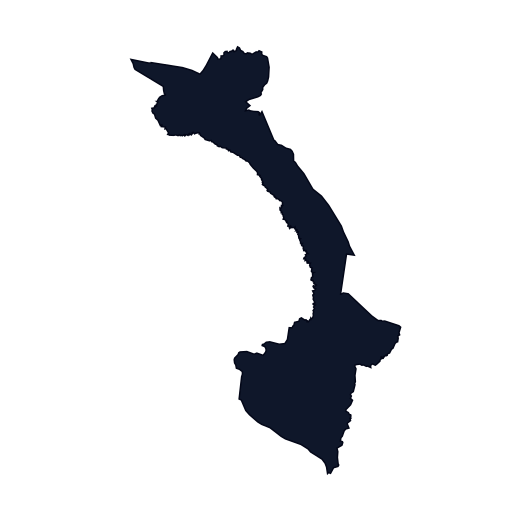 outline of Kilombero, Morogoro, United Republic of Tanzania, rotated 99°
{"feature_id": "72390352B25590445201102", "entity_name": "Kilombero", "entity_type": "district", "adm_level": 2, "iso_a3": "TZA", "parent_name": "United Republic of Tanzania", "parent_adm1": "Morogoro", "projection": "mercator", "projection_center": [36.337, -8.562], "detail": "fine", "context": "isolated", "style": "filled", "palette": "ink", "viewbox_px": 512, "rotation_deg": 99, "n_neighbors": 0, "source": "geoboundaries", "source_scale": "gbopen_adm2", "svg_char_len": 6107}
<svg xmlns="http://www.w3.org/2000/svg" viewBox="0 0 512 512"><g transform="rotate(99 256 256)"><path d="M160.6,229.1L157.4,231.8L156.4,233.7L149.7,234.9L146.9,236.7L145.3,238.7L144.8,243.4L142.7,248.2L142.5,252.0L139.3,255.3L138.8,256.5L112.5,272.7L116.3,274.3L116.0,275.1L113.8,275.1L113.1,276.5L113.6,281.2L113.5,284.5L113.0,285.9L114.2,289.1L111.6,288.4L108.4,285.5L105.3,290.3L102.6,287.5L98.5,279.1L96.7,276.7L95.2,276.1L94.0,276.8L90.6,275.4L88.4,275.8L85.4,274.2L83.6,272.5L81.3,271.9L77.2,271.6L67.5,272.6L58.7,275.6L57.5,276.7L56.7,281.2L55.1,282.1L53.6,282.2L52.8,285.1L54.4,286.2L54.4,287.8L57.6,291.6L56.7,293.0L56.6,294.8L57.1,294.9L56.7,296.3L57.8,297.2L57.9,299.2L56.1,301.0L55.4,303.3L53.1,304.9L52.3,306.9L55.0,307.7L55.9,307.4L57.5,309.0L57.5,310.0L56.5,310.2L56.2,310.9L58.0,312.6L57.9,313.5L59.5,314.7L59.6,316.2L58.4,316.6L58.9,318.4L60.5,319.5L62.0,318.8L63.8,320.4L63.8,321.7L66.7,321.6L67.3,322.7L67.4,324.8L66.1,325.1L62.3,330.5L75.5,334.9L81.0,337.2L85.2,339.8L82.7,348.4L81.4,358.1L81.4,389.8L81.9,389.8L82.2,392.3L81.4,410.2L85.2,407.4L88.9,405.9L90.6,404.6L103.0,374.1L107.0,373.1L110.0,371.9L110.6,370.8L111.3,370.7L112.4,373.8L114.4,376.1L114.9,375.9L115.6,376.7L118.1,377.6L118.9,377.1L119.0,378.0L119.4,377.3L121.5,377.5L121.9,378.2L123.4,377.7L123.4,379.0L124.4,378.9L124.2,379.5L125.7,379.8L126.4,382.0L127.6,381.3L129.1,381.4L131.0,380.1L131.8,378.4L135.5,376.7L137.2,374.1L142.2,370.8L141.2,369.5L141.6,369.2L143.0,369.5L142.7,365.7L144.7,365.8L144.3,364.7L148.1,361.6L149.7,362.2L149.6,361.1L150.2,360.6L149.7,356.2L148.9,354.1L149.3,351.8L148.3,350.6L149.0,349.7L148.4,348.9L148.8,347.6L147.7,346.5L148.3,345.5L147.4,345.5L147.8,344.6L147.2,344.6L147.0,343.1L147.4,342.7L146.3,341.7L146.9,341.4L145.9,340.9L146.6,340.6L146.0,339.9L146.5,338.8L144.8,337.9L144.3,338.3L143.6,337.5L145.0,335.8L143.9,334.5L143.9,333.6L143.3,333.4L143.1,331.3L144.3,331.3L144.2,330.5L145.6,329.6L147.5,325.6L148.9,324.4L149.5,319.9L148.9,318.4L150.1,317.4L149.9,316.7L151.9,313.7L151.9,312.2L153.2,311.5L153.8,309.5L153.2,308.4L154.3,306.3L154.0,302.1L154.9,302.0L155.1,299.9L155.6,300.1L156.3,299.6L155.5,298.4L157.1,297.2L157.2,294.8L159.4,290.0L159.3,288.1L160.9,287.0L161.0,285.2L161.7,284.7L162.5,282.2L163.7,280.7L163.6,279.0L164.9,277.0L166.4,276.0L169.7,272.2L172.2,268.5L173.6,267.4L175.4,267.3L175.8,264.6L176.6,264.8L179.0,262.2L179.6,262.5L181.9,260.7L182.3,261.2L183.2,260.4L184.2,260.9L185.1,259.7L184.9,259.1L185.4,258.2L186.3,257.8L188.0,254.9L189.5,255.3L190.1,254.8L190.7,251.9L191.7,251.4L193.5,247.3L194.4,247.4L194.9,246.8L194.5,246.1L196.3,245.0L196.0,243.7L196.6,242.0L197.5,241.4L197.6,239.4L199.0,238.1L201.2,238.0L201.6,237.4L202.3,237.8L202.3,238.6L203.0,238.2L203.6,238.8L204.3,238.3L205.4,238.9L204.9,239.8L206.9,239.4L207.5,238.3L208.9,237.9L208.4,237.5L209.0,236.8L210.5,236.7L211.2,235.5L212.1,235.5L213.5,234.6L215.4,234.9L215.4,233.5L216.2,232.1L216.7,232.0L216.9,230.8L217.6,230.7L217.4,231.3L218.2,231.0L218.1,230.3L219.4,229.1L221.3,229.2L221.1,228.8L222.0,227.8L223.1,227.3L221.6,226.8L222.5,226.4L221.5,225.9L222.4,225.3L221.9,223.0L222.3,222.5L221.5,222.0L223.3,221.6L223.6,220.0L224.8,220.6L224.5,219.5L226.2,219.3L225.6,218.0L228.1,218.1L228.5,217.4L231.7,216.4L232.0,214.7L233.0,215.5L235.3,214.0L236.2,214.1L236.8,213.2L236.5,212.3L237.8,212.9L238.7,212.2L239.0,210.7L241.6,210.5L242.0,209.7L243.2,209.7L243.1,207.8L242.2,207.3L244.0,207.4L244.1,206.6L245.3,205.4L245.2,206.3L246.3,206.4L247.1,207.4L248.2,206.3L250.2,208.2L251.3,208.4L251.3,206.6L252.8,206.8L252.4,205.9L253.0,205.1L253.1,203.5L253.8,203.4L254.3,204.6L255.0,204.3L254.6,201.1L256.7,201.6L258.7,200.5L259.0,198.8L262.4,198.9L263.6,197.7L263.4,196.4L264.3,197.5L267.7,196.7L268.6,197.8L271.0,198.0L271.4,197.2L271.2,195.7L272.5,195.5L273.1,194.2L274.2,194.5L275.3,191.8L276.5,192.7L276.4,194.6L277.0,194.9L278.5,193.9L279.0,191.9L280.9,192.8L281.6,194.6L284.3,192.7L285.7,193.8L288.1,192.7L289.7,192.8L293.0,190.3L293.6,190.7L293.8,191.9L294.5,192.2L295.2,191.4L295.2,189.8L297.4,191.2L298.9,189.9L300.9,191.1L302.3,190.2L303.6,190.6L306.2,190.0L308.6,190.5L309.2,191.5L308.7,192.1L310.2,192.0L310.2,192.7L312.7,193.9L312.4,194.5L312.9,195.1L311.9,195.4L311.9,196.1L311.2,196.6L311.6,197.9L310.0,201.5L311.2,203.1L313.8,203.4L315.5,207.5L318.8,207.8L319.4,208.6L321.3,209.1L321.6,212.0L333.6,211.9L338.0,213.8L339.5,219.3L338.6,228.9L339.6,232.4L341.7,234.2L342.4,235.8L343.5,235.9L344.1,233.1L346.1,231.6L348.2,231.2L349.7,231.6L353.0,233.4L351.8,240.0L353.3,242.5L351.8,250.1L353.3,256.8L354.3,257.9L356.1,258.2L360.2,261.1L361.9,261.3L365.0,260.4L366.8,258.9L369.9,257.8L370.5,254.6L372.3,251.4L374.8,250.9L377.4,251.3L399.9,250.3L400.5,248.0L410.2,241.9L413.7,237.7L419.6,228.3L421.4,224.0L423.4,215.3L430.2,202.9L432.0,198.4L435.1,182.1L438.4,174.4L441.0,171.4L446.3,159.0L449.9,155.3L453.4,153.3L459.7,151.3L458.5,150.4L459.0,148.4L453.0,146.3L451.0,142.1L449.5,141.6L448.4,142.4L442.2,144.1L436.4,144.6L433.1,146.0L429.4,141.5L426.7,141.1L425.9,141.6L425.5,143.7L422.2,143.7L420.5,142.6L415.0,141.6L412.8,140.3L411.4,137.3L407.6,139.6L406.7,139.6L403.8,136.9L402.3,137.5L401.5,137.0L401.5,137.7L399.2,137.2L398.0,137.7L398.0,139.0L396.2,140.3L395.4,142.7L393.8,143.3L388.1,139.3L383.4,138.1L381.8,140.5L379.4,139.9L378.2,141.1L376.7,140.8L374.7,138.7L367.6,138.1L366.6,138.7L364.6,138.2L358.4,139.6L351.8,139.6L349.2,141.4L348.4,141.2L347.5,139.8L346.5,136.3L347.3,134.5L346.8,132.6L347.7,129.8L347.3,128.5L348.2,125.2L346.2,125.8L344.3,124.1L345.2,121.1L344.0,119.9L340.6,117.2L340.1,117.5L338.1,116.4L336.4,116.9L335.9,116.2L337.4,115.2L337.2,114.4L335.4,114.3L335.6,113.6L333.7,112.4L334.1,111.6L333.6,110.9L332.0,110.8L330.9,108.9L326.9,107.6L325.7,106.3L320.6,105.0L319.1,103.8L318.6,102.7L315.1,102.7L312.8,103.4L311.4,101.8L309.5,102.8L303.7,102.0L302.5,103.9L300.1,118.7L300.7,121.1L300.1,122.3L300.7,125.3L297.1,132.3L278.9,159.0L278.9,164.1L280.6,166.0L280.5,166.5L239.9,166.9L239.8,159.1L231.7,165.2L227.6,167.2L218.6,173.4L213.1,176.4L194.7,192.1L186.6,200.7L181.1,210.3L167.2,221.6L160.6,229.1Z" fill="#0f172a" stroke="#020617" stroke-width="1.5"/></g></svg>